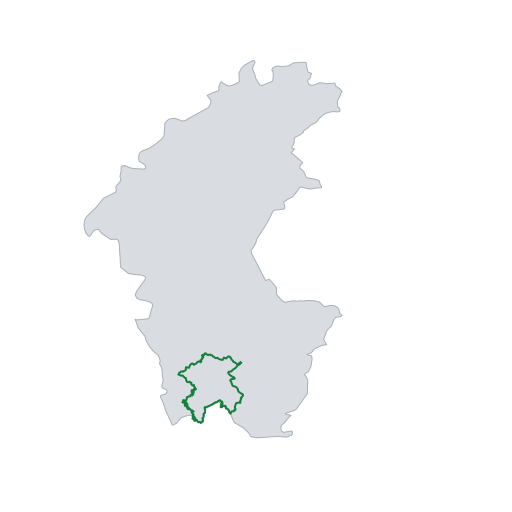 Gaoual, Gaoual, Guinea shown in context, rotated 243°
{"feature_id": "49546643B28661548838550", "entity_name": "Gaoual", "entity_type": "district", "adm_level": 2, "iso_a3": "GIN", "parent_name": "Guinea", "parent_adm1": "Gaoual", "projection": "natural_earth1", "projection_center": [-13.638, 11.692], "detail": "fine", "context": "in_parent", "style": "outline", "palette": "green", "viewbox_px": 512, "rotation_deg": 243, "n_neighbors": 0, "source": "geoboundaries", "source_scale": "gbopen_adm2", "svg_char_len": 9669}
<svg xmlns="http://www.w3.org/2000/svg" viewBox="0 0 512 512"><g transform="rotate(243 256 256)"><path d="M307.6,337.0L303.9,336.4L302.3,337.2L297.4,343.8L294.5,346.4L290.0,345.6L288.3,346.0L287.1,345.3L288.8,341.7L291.1,334.5L297.1,327.3L297.2,325.8L294.7,321.5L292.2,315.8L292.1,309.6L291.6,305.2L286.4,303.9L285.4,303.2L285.2,301.7L288.2,294.0L288.4,292.4L288.1,291.0L284.8,287.1L279.7,279.8L271.0,264.8L267.7,261.7L264.6,257.1L263.4,254.2L260.2,253.2L229.8,253.4L229.3,257.3L218.8,259.9L212.4,256.9L205.2,258.6L201.7,260.6L199.0,269.4L197.5,271.2L196.0,275.1L194.6,277.3L193.0,281.6L189.6,287.7L186.0,291.7L179.9,293.8L178.0,300.3L176.6,302.7L174.3,304.6L171.8,305.8L166.8,304.6L164.0,305.7L163.5,304.1L165.1,299.0L163.9,296.3L159.1,291.0L158.6,288.4L157.2,285.1L150.9,278.3L145.0,278.7L146.6,273.0L146.6,265.4L144.6,261.2L145.1,257.0L144.0,257.3L142.0,260.2L138.9,259.3L132.5,254.7L129.3,250.3L128.9,246.6L128.2,245.2L126.2,245.9L122.2,245.9L110.0,239.2L101.3,222.5L101.1,218.7L102.3,212.2L102.0,210.5L98.1,214.8L97.3,211.9L94.3,205.2L93.4,201.3L90.4,199.6L88.1,199.3L86.3,200.6L83.9,208.4L82.1,208.4L80.3,206.7L80.7,200.9L85.4,193.5L93.2,175.1L96.1,170.8L97.8,169.3L101.5,169.2L108.8,166.7L117.7,160.9L124.5,161.4L132.5,160.7L143.0,156.7L143.1,144.3L142.8,141.5L139.1,139.1L136.9,136.9L135.0,134.1L132.8,132.2L132.8,130.1L137.5,127.5L141.8,127.5L143.2,126.5L144.2,124.7L145.4,120.2L145.9,115.5L143.0,109.2L143.2,104.7L158.6,105.3L167.0,106.6L173.9,106.9L175.0,107.9L174.1,112.3L174.9,114.9L177.3,115.6L181.1,112.5L183.2,113.2L187.5,117.0L191.5,118.0L195.9,120.1L200.0,121.2L203.7,121.1L206.4,123.2L211.6,123.9L218.2,121.2L223.4,120.0L230.7,119.7L234.5,120.6L245.6,118.4L254.4,119.6L253.0,121.1L249.1,131.1L249.5,132.8L258.5,141.2L260.6,141.9L263.0,140.7L266.8,136.8L269.8,132.6L272.7,130.6L276.1,130.7L278.8,133.7L285.2,146.1L286.8,147.7L288.3,147.7L291.1,145.3L292.5,142.6L298.3,134.4L307.4,130.3L329.0,139.7L332.2,140.4L334.1,139.7L336.7,134.1L344.9,129.4L348.7,128.1L351.0,127.9L351.8,126.4L352.2,124.1L351.8,121.8L349.2,117.5L349.2,116.3L350.6,115.5L353.7,114.9L357.7,115.3L362.2,117.1L365.9,119.8L368.0,122.9L372.1,136.1L376.7,146.4L376.6,160.2L378.6,161.6L380.8,162.2L381.9,163.3L384.1,169.0L386.2,170.6L388.7,171.0L393.4,174.7L396.4,176.1L396.8,177.2L396.7,178.7L395.6,180.6L391.1,184.5L388.9,187.7L384.3,195.6L384.2,197.0L385.1,198.1L387.0,198.3L389.1,197.7L393.3,194.9L396.6,195.9L399.8,198.1L401.0,200.3L401.3,203.3L400.6,207.1L400.5,211.4L401.6,218.8L403.3,226.1L405.0,228.7L415.7,235.2L416.8,237.6L417.3,240.3L416.6,244.0L415.5,246.1L409.6,251.8L408.8,254.5L409.2,259.6L409.8,281.0L412.1,284.6L414.8,286.4L421.3,285.4L421.1,291.3L420.3,298.0L424.0,300.0L425.9,302.1L427.0,304.0L421.1,307.5L419.4,309.6L418.6,315.1L418.8,320.3L426.8,323.9L429.9,328.2L431.2,332.7L431.7,341.1L431.0,343.1L429.0,343.1L424.9,337.9L418.7,337.4L414.2,336.4L406.5,337.1L405.2,338.6L404.3,349.8L406.2,351.7L409.9,353.8L412.3,354.7L414.3,354.5L415.8,355.8L416.1,359.5L415.1,362.2L413.1,364.7L410.6,371.2L411.1,377.1L406.9,386.6L405.6,388.4L399.9,386.6L396.2,385.9L393.5,388.3L389.7,384.6L389.0,381.8L387.7,381.2L385.2,381.1L382.9,382.8L381.9,385.7L381.4,391.8L377.2,397.6L374.3,404.7L370.9,404.1L370.1,404.9L366.5,406.8L363.4,407.3L362.6,405.4L360.7,403.9L358.7,400.8L356.4,398.4L352.0,396.6L350.3,397.4L348.2,397.2L346.8,396.2L347.0,394.8L349.3,391.0L350.6,387.6L351.3,383.8L351.3,380.3L350.1,375.2L348.1,371.3L347.6,368.9L347.8,365.6L347.4,362.6L346.7,361.0L345.8,355.2L344.6,354.1L343.9,349.5L344.1,344.7L342.4,342.9L339.7,341.6L338.1,339.7L337.1,337.6L336.2,337.0L335.4,337.1L334.6,338.4L333.7,338.7L332.1,334.2L331.5,334.1L330.4,335.1L318.0,340.0L316.4,335.8L314.1,335.1L310.0,336.8L307.6,337.0Z" fill="#d9dde1" stroke="#a8b0b8" stroke-width="1"/><path d="M137.2,180.7L138.3,181.4L139.0,181.3L139.5,181.0L140.0,180.4L140.6,180.1L142.0,179.5L142.8,179.0L143.0,179.1L144.5,178.8L144.8,179.0L145.3,179.4L147.7,179.1L148.1,178.8L149.5,177.8L150.5,176.5L151.4,176.3L152.8,176.4L153.5,176.6L153.9,176.5L155.1,176.8L155.6,176.6L156.8,176.6L157.1,176.8L157.5,177.7L156.5,180.6L156.6,181.4L157.4,181.4L158.1,181.1L159.2,180.1L160.3,179.6L161.3,178.8L162.4,178.7L163.0,178.3L164.4,178.2L164.8,178.4L165.2,179.2L164.4,181.5L164.5,182.1L165.0,182.9L165.3,184.8L165.6,187.4L166.8,189.6L166.8,192.0L167.6,194.3L168.5,194.0L168.2,192.7L167.6,191.0L167.4,190.2L167.8,190.0L168.5,190.0L169.0,189.8L169.5,189.5L171.5,188.4L171.8,188.0L172.3,187.7L172.6,187.8L173.1,187.9L174.6,187.3L174.8,187.2L176.0,187.3L176.8,187.0L177.1,187.2L177.4,187.0L177.8,187.0L178.1,187.0L178.6,186.4L179.1,185.6L179.0,185.0L178.4,183.5L178.3,182.8L180.0,181.3L179.2,180.2L178.6,179.1L179.5,177.7L180.5,176.8L181.2,176.2L182.7,175.4L182.6,175.1L183.2,174.1L184.0,173.2L184.9,172.9L185.8,172.2L186.5,171.9L187.6,171.7L188.0,171.2L188.3,170.5L189.1,170.2L189.4,169.3L189.4,168.4L189.6,168.1L190.3,167.9L190.8,167.3L191.7,166.5L192.0,166.1L192.3,166.5L192.4,166.3L192.2,165.9L191.8,165.2L191.6,164.6L191.8,164.5L192.1,163.9L192.1,163.4L191.8,162.9L191.1,163.6L191.0,163.1L190.6,163.1L190.6,162.9L190.2,162.9L190.1,162.6L189.8,162.7L189.8,162.1L189.1,161.9L188.8,161.5L188.8,160.7L188.2,159.9L188.2,159.5L187.6,159.7L187.0,159.5L186.5,158.9L186.5,158.4L187.2,158.0L187.9,157.4L188.0,156.5L188.3,155.7L187.5,154.5L187.3,153.5L187.5,152.4L187.3,151.3L188.2,150.9L188.8,150.9L189.1,150.1L189.3,149.7L188.8,147.8L186.9,145.5L187.8,144.2L188.6,143.3L188.0,142.6L187.4,142.3L186.7,142.2L186.4,141.9L186.3,141.1L186.1,140.6L186.0,138.9L186.5,138.7L186.5,137.8L187.1,136.6L186.9,135.8L186.6,135.3L186.8,134.7L186.5,134.5L186.5,134.3L186.1,134.0L185.9,134.1L185.3,133.8L185.3,133.4L185.0,133.6L184.7,134.0L184.0,134.3L183.7,134.7L183.3,135.1L183.2,135.7L182.9,136.3L181.2,136.7L180.9,137.0L180.1,137.2L179.6,137.5L179.1,138.0L178.6,137.8L178.0,137.8L176.9,137.4L176.5,137.5L176.3,137.4L175.0,137.5L174.5,138.1L174.3,138.8L174.1,139.1L174.1,139.7L173.8,139.9L173.4,139.9L172.8,140.1L172.8,140.5L172.6,140.7L172.0,140.8L171.4,140.1L170.4,140.5L169.6,140.5L169.3,140.8L169.1,141.3L169.3,141.5L169.2,141.9L168.8,141.7L168.2,141.7L167.8,141.7L167.3,141.9L166.7,141.9L165.8,141.7L165.3,142.0L164.8,142.1L164.5,141.7L164.6,141.2L164.9,141.1L165.8,141.2L165.9,140.9L165.9,140.6L165.5,140.4L164.7,140.3L164.9,139.5L165.0,138.9L165.4,138.5L165.6,138.0L165.4,137.6L164.7,137.3L164.5,137.1L163.7,136.9L163.5,137.1L163.5,137.5L163.5,138.2L163.9,138.0L164.6,138.1L164.6,138.6L164.1,139.1L163.2,138.9L162.9,138.8L162.4,138.0L162.1,137.5L162.3,137.0L161.4,137.2L161.3,136.8L160.9,136.4L160.7,135.9L161.5,135.3L161.9,135.0L161.8,134.5L161.1,134.4L160.8,133.5L161.2,132.8L161.4,132.5L161.4,131.9L161.2,131.0L161.5,130.7L161.5,130.2L160.8,129.7L159.8,129.2L159.4,128.8L159.3,127.9L159.0,127.6L158.1,127.2L158.3,126.9L158.8,126.7L159.7,126.6L160.1,126.6L160.3,126.4L160.6,125.9L160.4,125.5L159.9,125.3L159.5,126.1L159.1,126.1L158.8,125.9L159.3,125.2L159.4,124.6L159.1,124.1L158.8,124.2L158.3,125.2L157.8,125.4L157.3,125.3L156.8,125.6L156.8,125.8L157.0,126.9L156.8,127.2L156.1,126.6L155.8,126.1L155.4,124.9L155.1,124.7L154.7,124.7L154.5,124.9L154.2,125.6L154.2,126.1L154.5,126.4L155.3,126.8L155.5,127.0L155.5,127.3L155.2,127.6L154.8,127.4L154.4,127.1L154.2,127.0L153.9,127.0L153.4,126.7L153.0,126.0L152.6,125.7L152.2,125.6L151.8,125.9L151.9,127.0L151.6,127.2L151.4,127.0L151.0,126.1L150.6,125.8L150.3,126.0L150.0,126.5L149.9,127.2L149.7,127.7L149.2,127.9L148.7,128.0L148.4,127.9L147.9,128.0L147.6,128.5L147.3,129.1L146.9,129.3L146.3,129.5L145.9,129.6L145.9,129.2L146.4,128.7L146.4,128.2L146.0,127.8L145.5,127.6L145.0,127.8L144.0,127.8L143.7,128.4L143.2,128.4L143.0,128.2L142.5,127.1L141.9,126.7L141.6,126.7L141.5,126.8L141.2,127.5L141.1,128.0L140.0,128.1L139.8,128.1L139.5,127.7L139.6,127.4L140.0,127.1L140.1,126.8L140.1,126.0L140.0,125.6L139.9,125.6L139.6,126.0L139.5,126.4L138.7,127.8L138.6,127.7L138.4,127.0L138.4,126.5L138.3,126.3L138.1,126.3L137.3,126.4L136.9,126.7L136.8,126.8L137.2,127.3L137.3,127.5L137.3,128.0L137.1,128.7L134.4,129.0L134.1,129.1L134.0,129.7L133.9,130.1L133.7,130.5L133.4,130.8L132.4,131.0L132.3,132.0L132.5,132.2L132.8,132.8L132.7,133.2L132.9,133.6L133.4,134.1L133.7,134.2L135.1,134.5L135.8,134.7L136.0,135.0L136.0,135.7L136.1,135.8L136.4,136.2L136.7,136.5L137.7,137.0L138.3,137.1L138.9,137.4L139.1,137.6L139.2,137.9L139.5,139.3L139.9,139.5L140.1,139.8L141.6,140.6L144.0,141.2L144.3,141.4L144.5,141.8L144.4,142.0L144.2,142.2L143.9,143.6L143.8,145.2L143.8,146.8L143.7,147.4L143.6,148.0L143.6,148.6L143.6,149.3L143.9,150.7L143.9,152.6L144.0,153.0L144.0,153.7L143.8,154.0L143.7,154.3L143.6,155.3L143.9,156.0L143.9,156.3L144.0,158.2L143.8,158.4L143.1,158.4L142.6,158.6L142.1,159.1L142.0,159.3L141.8,159.6L141.2,159.6L141.0,159.2L140.9,159.2L140.8,159.4L140.6,159.5L140.3,159.2L139.9,159.1L139.8,158.3L140.2,158.2L140.0,157.8L139.8,157.9L139.7,158.1L139.5,158.3L138.8,158.5L138.5,157.7L138.3,157.7L138.2,157.4L138.3,157.2L138.7,157.1L138.7,156.8L138.3,156.4L137.9,156.2L137.2,156.2L136.9,156.6L136.8,157.1L137.0,157.5L137.4,157.4L137.5,157.1L137.7,157.5L137.6,157.9L137.2,158.5L137.2,159.0L137.0,159.4L136.5,160.5L135.1,160.7L134.8,160.5L134.1,160.0L133.8,160.0L133.4,160.3L133.1,160.9L133.0,161.1L132.8,161.2L130.4,161.9L130.1,161.8L129.4,161.4L128.6,161.2L128.2,161.6L127.5,161.7L127.2,162.0L128.2,163.1L128.5,164.0L128.0,165.0L127.8,166.0L128.1,166.4L128.1,166.7L128.8,167.1L128.6,168.1L129.2,168.3L130.5,168.3L131.4,168.9L133.8,171.4L133.6,172.9L132.9,174.7L132.7,174.8L132.4,175.3L132.6,175.4L133.0,175.2L133.3,175.2L133.4,176.0L133.7,176.3L134.1,176.3L134.5,176.6L134.5,176.8L135.3,177.5L135.6,178.2L136.4,178.3L136.4,178.5L136.9,179.0L136.9,179.7L137.2,180.7Z" fill="none" stroke="#15803d" stroke-width="2"/></g></svg>